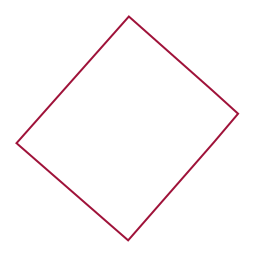 outline of Runnels, Texas, United States of America, rotated 221°
{"feature_id": "52423323B92139575394667", "entity_name": "Runnels", "entity_type": "district", "adm_level": 2, "iso_a3": "USA", "parent_name": "United States of America", "parent_adm1": "Texas", "projection": "albers", "projection_center": [-100.016, 31.83], "detail": "fine", "context": "isolated", "style": "outline", "palette": "rose", "viewbox_px": 256, "rotation_deg": 221, "n_neighbors": 0, "source": "geoboundaries", "source_scale": "gbopen_adm2", "svg_char_len": 254}
<svg xmlns="http://www.w3.org/2000/svg" viewBox="0 0 256 256"><g transform="rotate(221 128 128)"><path d="M200.5,212.7L202.2,43.4L77.9,43.3L54.2,43.3L53.8,173.8L54.3,211.0L89.3,211.7L200.5,212.7Z" fill="none" stroke="#9f1239" stroke-width="2"/></g></svg>